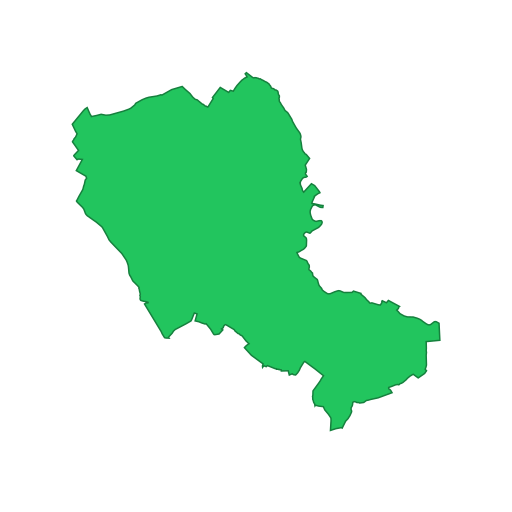 the district of Ganesti, Mures, Romania, rotated 164°
{"feature_id": "2599482B44077836388237", "entity_name": "Ganesti", "entity_type": "district", "adm_level": 2, "iso_a3": "ROU", "parent_name": "Romania", "parent_adm1": "Mures", "projection": "albers", "projection_center": [24.339, 46.342], "detail": "fine", "context": "isolated", "style": "filled", "palette": "green", "viewbox_px": 512, "rotation_deg": 164, "n_neighbors": 0, "source": "geoboundaries", "source_scale": "gbopen_adm2", "svg_char_len": 6087}
<svg xmlns="http://www.w3.org/2000/svg" viewBox="0 0 512 512"><g transform="rotate(164 256 256)"><path d="M250.7,130.7L248.2,132.2L245.8,134.3L244.2,136.3L239.4,140.7L238.1,141.2L230.2,130.9L224.1,122.3L227.2,119.8L228.4,118.5L230.8,116.5L238.4,110.6L239.7,106.5L240.4,105.4L240.4,105.0L240.4,104.7L240.7,103.6L241.0,102.2L240.8,101.6L240.9,99.7L240.7,98.6L240.4,97.8L240.6,95.7L240.0,96.2L237.2,94.5L232.8,92.6L232.3,89.1L230.0,83.9L228.8,80.2L228.7,79.2L229.3,76.9L232.5,67.8L226.8,68.0L221.3,67.5L220.6,66.8L215.4,72.5L212.5,74.2L209.7,76.7L207.3,79.5L206.8,80.5L206.9,82.4L206.3,84.0L205.1,85.1L204.3,86.2L203.3,88.6L202.6,88.9L201.9,88.9L200.8,88.6L199.5,87.4L197.5,86.7L196.9,86.1L192.8,85.5L189.7,86.7L187.9,86.5L185.2,86.5L177.7,86.0L162.9,87.1L163.6,89.8L164.2,90.9L164.5,91.1L165.0,91.9L164.9,92.7L164.6,93.1L162.0,93.2L157.1,93.7L155.2,93.4L154.4,92.9L153.9,92.9L153.0,93.5L151.3,93.6L149.8,93.9L145.7,95.7L144.2,96.7L141.0,98.1L137.5,99.0L133.7,94.1L126.3,96.6L123.7,98.7L124.6,100.5L123.3,102.3L122.2,104.2L119.8,113.6L118.7,116.4L118.5,118.0L117.7,120.3L116.0,126.8L102.5,124.3L98.6,140.9L100.6,142.9L101.3,143.4L102.0,143.6L102.9,143.6L107.0,142.0L107.7,141.9L108.7,142.1L109.6,142.5L110.9,143.7L114.1,147.6L114.4,148.3L116.1,150.1L118.1,151.7L121.7,154.0L127.2,155.7L130.1,157.5L131.5,158.9L133.5,160.9L134.6,163.3L135.7,165.2L133.7,166.2L132.6,167.8L132.0,168.0L141.0,176.8L143.5,175.1L147.0,178.2L147.3,178.0L147.6,177.6L147.5,177.2L147.7,176.7L149.9,174.6L151.9,175.4L157.5,179.0L159.3,179.2L159.9,179.9L160.1,180.8L161.7,183.4L162.6,185.7L163.2,186.7L165.7,190.4L165.4,191.1L172.0,195.4L173.7,194.5L181.0,196.5L181.9,196.9L184.8,199.3L186.1,199.9L187.4,200.0L190.2,199.9L195.0,199.3L196.7,199.6L197.8,200.2L200.5,203.3L201.6,205.0L201.8,205.7L201.8,206.7L203.2,209.6L203.5,210.6L203.6,213.1L203.5,215.5L203.6,216.5L205.9,219.7L206.8,221.4L206.4,224.1L207.0,224.9L207.5,226.3L208.8,228.2L208.8,228.9L207.8,230.6L207.4,232.5L208.1,234.3L208.5,237.1L208.9,237.8L213.8,241.7L214.6,242.6L214.9,243.4L215.5,246.3L215.7,248.1L213.9,248.1L212.8,248.3L211.6,248.7L208.6,249.4L207.4,249.9L206.5,250.5L205.1,251.5L204.7,252.1L203.1,257.0L202.8,258.4L202.8,259.3L203.0,259.9L204.6,262.3L204.5,263.1L204.0,263.9L202.7,264.8L201.7,265.1L200.7,265.1L198.0,263.1L197.6,263.1L195.0,264.7L188.0,266.2L186.3,267.1L184.3,268.4L183.6,269.3L183.1,270.2L183.1,271.0L183.3,271.6L183.6,272.0L185.5,272.5L188.6,272.7L189.6,273.2L190.9,274.4L191.8,275.7L191.9,276.5L192.2,279.9L192.1,281.7L191.9,283.2L191.6,284.1L190.7,285.7L188.3,288.3L187.3,288.9L186.4,289.0L185.5,289.0L184.6,288.7L181.3,285.5L180.2,284.8L178.4,284.2L177.6,286.0L180.1,287.1L185.2,289.9L187.8,291.1L187.1,292.5L183.4,296.9L183.5,297.3L179.4,298.8L177.1,299.2L177.3,300.3L180.2,307.5L182.8,310.2L192.6,304.2L193.0,305.2L193.3,307.0L193.1,308.2L193.6,311.6L193.6,314.1L193.2,314.1L193.1,314.8L192.1,315.9L190.1,317.6L189.1,318.1L187.9,318.3L186.3,318.0L184.9,318.4L185.3,319.8L185.8,320.7L185.8,321.3L185.3,322.6L184.6,322.7L183.7,325.0L183.6,325.5L183.6,329.8L177.6,335.0L179.5,339.3L180.0,340.1L180.4,340.3L180.8,340.9L181.1,342.1L181.5,342.7L182.1,344.7L182.2,346.7L181.4,352.1L181.1,355.8L180.9,356.4L180.3,357.4L179.9,358.5L179.8,359.3L179.8,361.2L180.1,362.6L181.4,366.1L182.2,368.5L183.8,375.3L183.9,377.5L185.7,384.1L186.1,385.2L188.0,387.9L188.6,390.8L189.4,393.0L190.0,394.9L190.3,396.5L190.8,397.8L190.9,398.4L190.5,400.2L190.5,401.4L190.0,401.7L189.6,402.7L189.4,403.6L189.7,404.2L189.9,405.8L189.6,407.4L189.7,408.5L190.8,409.9L191.9,410.3L192.0,410.7L193.0,412.0L194.7,413.0L195.0,413.4L195.1,415.1L195.9,417.0L196.0,417.7L197.9,420.2L198.8,420.8L201.3,423.4L201.9,423.7L203.0,425.1L204.1,425.3L204.6,426.0L206.9,427.4L208.0,427.8L209.0,427.8L209.6,428.2L210.2,428.8L214.7,434.9L216.2,434.1L215.6,432.3L215.2,430.6L216.6,430.4L217.2,430.1L217.8,430.2L220.1,429.2L220.5,429.2L222.7,428.0L227.3,425.1L229.8,423.1L232.4,420.7L235.0,422.3L237.2,420.8L243.9,427.9L254.2,420.3L253.7,419.2L261.1,412.5L261.6,412.6L262.4,413.6L263.4,414.0L264.9,416.3L265.6,416.6L269.5,422.3L271.3,423.4L273.0,426.1L274.7,430.4L278.2,435.8L280.2,439.3L291.2,439.2L301.7,436.7L302.2,436.7L302.9,437.2L307.1,437.1L315.1,438.1L318.2,438.1L322.4,437.6L329.3,436.0L329.7,435.8L330.9,434.6L335.6,432.6L337.6,432.2L343.4,431.8L357.7,431.9L361.5,432.7L365.8,434.9L370.3,435.0L375.8,435.4L375.9,436.4L376.4,437.8L377.4,445.2L379.9,444.4L381.8,443.3L396.3,433.3L395.1,425.8L394.3,422.8L396.6,420.1L398.6,418.8L399.1,418.0L400.8,416.7L400.9,416.2L397.5,406.4L402.7,403.3L403.5,402.7L403.5,402.2L401.5,397.9L400.4,398.1L399.8,398.1L396.3,396.7L405.2,387.6L397.5,379.6L397.4,377.4L399.2,376.1L401.2,372.3L402.5,370.5L403.8,368.2L404.6,367.2L409.7,362.2L412.6,359.1L413.4,358.4L413.4,357.9L412.5,356.1L409.4,350.7L408.6,348.6L408.2,343.8L407.9,342.8L407.1,341.2L400.1,332.5L396.2,326.7L395.7,325.5L393.4,315.6L392.8,312.0L391.6,309.2L384.3,295.4L381.9,288.0L381.6,286.0L381.4,282.5L381.6,280.8L382.8,274.5L382.7,272.4L382.1,270.3L381.4,266.6L381.2,265.8L377.9,259.9L377.1,258.0L377.5,257.2L377.4,255.7L377.6,254.7L377.7,251.2L378.2,250.6L378.5,250.0L378.4,248.8L379.2,247.1L379.3,246.0L379.0,245.1L376.9,243.7L374.2,242.4L372.5,241.2L372.9,240.7L374.0,241.1L374.8,241.1L376.4,240.6L368.0,209.6L367.6,206.9L366.4,202.7L365.2,202.0L362.2,201.0L362.5,202.0L362.4,202.2L358.0,204.8L355.9,206.6L354.0,207.6L341.6,210.2L336.4,211.5L335.5,212.4L331.0,218.2L328.6,216.6L332.4,210.4L329.0,208.5L326.5,206.5L323.6,204.6L322.6,204.7L319.8,198.2L318.4,193.0L318.0,192.1L317.3,191.7L313.0,191.2L308.3,194.1L309.2,195.4L307.7,195.9L307.1,196.4L306.5,197.4L305.3,198.2L304.5,198.5L303.7,198.1L297.2,191.2L296.9,189.8L294.6,186.4L293.5,185.7L292.9,184.4L291.9,183.6L291.3,182.9L289.0,177.1L286.9,173.6L288.6,173.1L291.0,172.0L292.4,171.1L287.8,161.8L278.9,150.3L280.0,148.7L280.2,148.0L280.3,147.2L279.5,147.8L278.4,148.1L276.7,146.8L275.2,147.5L268.6,142.4L267.4,142.0L267.5,141.5L265.2,140.8L265.2,140.4L263.2,139.7L263.4,138.5L256.7,136.8L256.8,132.4L253.6,132.8L253.2,132.1L252.3,131.4L250.7,130.7Z" fill="#22c55e" stroke="#15803d" stroke-width="1.5"/></g></svg>